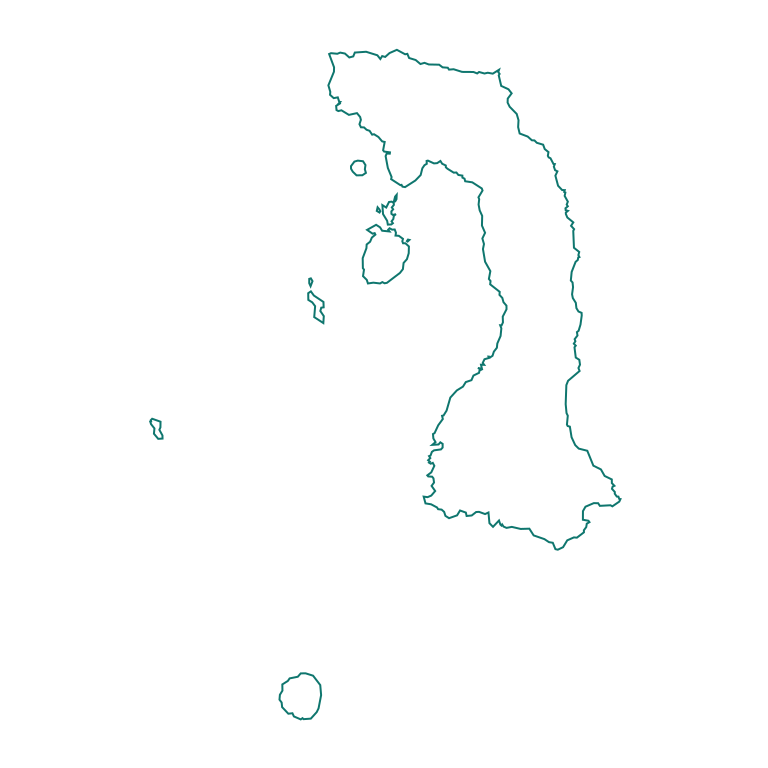 outline of Sikka, Nusa Tenggara Timur, Indonesia, rotated 269°
{"feature_id": "22746128B25889265457696", "entity_name": "Sikka", "entity_type": "district", "adm_level": 2, "iso_a3": "IDN", "parent_name": "Indonesia", "parent_adm1": "Nusa Tenggara Timur", "projection": "orthographic", "projection_center": [122.277, -8.457], "detail": "fine", "context": "isolated", "style": "outline", "palette": "teal", "viewbox_px": 768, "rotation_deg": 269, "n_neighbors": 0, "source": "geoboundaries", "source_scale": "gbopen_adm2", "svg_char_len": 6128}
<svg xmlns="http://www.w3.org/2000/svg" viewBox="0 0 768 768"><g transform="rotate(269 384 384)"><path d="M262.3,617.2L264.8,618.4L265.0,617.2L267.3,616.4L267.4,614.8L270.3,612.8L272.0,612.9L275.2,610.1L277.4,610.8L278.2,612.6L280.9,610.1L284.6,610.1L288.2,603.0L294.8,599.4L298.7,591.9L313.7,586.1L316.0,577.6L319.6,574.1L327.5,570.6L338.1,569.1L338.8,566.9L340.2,566.2L349.1,567.2L351.7,566.0L360.7,565.3L379.7,566.3L384.0,568.1L393.6,579.8L396.6,578.7L399.9,580.3L404.8,579.7L407.1,576.2L417.4,575.1L419.0,576.4L421.0,574.5L423.4,576.1L425.5,575.4L429.1,578.3L432.5,577.8L433.8,579.5L440.0,581.5L449.1,582.9L451.7,582.8L453.1,579.7L456.5,577.7L461.8,577.2L466.6,574.3L470.4,573.6L477.5,574.7L482.2,574.3L484.2,572.6L492.8,573.6L502.8,577.7L504.6,579.9L507.1,580.4L507.5,581.6L509.5,580.6L512.6,581.5L516.9,576.3L533.8,575.9L535.5,576.8L538.9,573.8L542.3,576.1L547.3,570.2L550.8,568.8L552.2,568.8L553.9,570.9L554.6,568.7L556.5,568.5L558.5,570.9L560.2,569.8L563.1,571.0L568.9,567.9L572.3,568.7L572.9,567.5L574.7,568.1L574.8,565.5L579.2,561.5L589.3,559.0L593.6,561.1L594.8,558.8L598.4,557.6L600.9,558.6L601.0,557.3L606.8,554.4L607.7,552.6L609.3,551.8L613.0,552.5L616.1,548.8L620.5,547.3L622.5,541.0L624.9,538.7L625.1,536.1L628.9,532.0L632.1,524.0L638.5,522.6L645.4,523.1L651.7,521.4L659.0,514.5L663.2,512.5L667.2,512.7L672.4,516.7L676.5,513.6L680.0,506.4L690.6,504.1L692.0,505.0L693.9,503.7L696.2,504.5L692.4,498.2L693.4,493.2L692.7,489.9L694.3,484.5L692.9,482.6L694.4,478.9L694.7,467.5L697.5,459.1L697.2,454.5L699.1,453.3L699.6,448.1L702.3,444.7L702.7,434.4L704.4,430.1L703.3,426.0L707.4,421.3L709.5,414.8L713.7,413.1L713.3,410.9L717.9,402.7L714.8,395.3L711.0,390.9L711.9,387.9L709.0,386.0L712.8,383.1L716.5,371.9L715.9,360.6L712.1,359.0L711.1,355.0L715.1,350.7L716.1,346.0L715.0,343.1L715.7,336.8L714.9,334.9L701.5,339.6L697.1,339.4L683.6,333.6L677.0,335.4L674.1,335.1L670.7,338.7L671.4,342.8L667.1,344.1L666.8,345.2L665.6,344.0L665.7,345.6L662.9,341.0L658.7,341.3L657.7,343.1L658.4,346.2L653.7,353.6L655.3,361.7L651.4,364.8L648.5,365.5L644.2,364.0L641.1,365.4L640.9,368.5L638.5,371.0L637.4,374.0L633.5,376.5L633.9,378.4L631.1,382.7L626.6,386.4L626.0,388.9L617.7,387.2L616.4,388.2L615.5,394.0L614.2,393.8L614.4,390.7L611.8,389.6L600.0,391.6L590.8,395.2L588.7,394.7L582.5,403.9L582.8,405.0L581.0,405.9L580.5,408.5L586.9,418.9L592.3,424.3L599.0,426.1L602.1,428.3L603.4,430.6L606.3,430.5L606.6,431.8L603.7,437.8L603.9,441.0L606.0,444.3L603.2,446.0L601.4,449.6L599.6,449.6L598.2,451.1L594.1,457.4L594.2,460.1L591.7,462.0L591.0,466.0L589.0,466.0L587.9,468.1L585.3,468.7L584.1,475.8L577.8,485.2L575.7,485.9L569.0,481.7L567.1,482.4L561.8,481.7L555.9,482.7L550.4,485.1L540.7,484.7L533.4,487.7L527.8,484.9L522.2,486.4L517.2,485.3L504.5,487.2L495.0,492.3L487.2,490.7L485.1,492.3L481.8,491.9L474.1,501.3L471.1,501.0L468.0,503.8L463.7,504.9L460.2,507.8L456.6,507.8L449.3,503.9L443.5,504.0L440.6,502.6L440.7,501.2L437.6,502.3L430.0,501.4L422.5,498.0L418.3,497.5L414.4,494.4L410.3,493.0L408.8,490.6L408.9,489.8L409.6,489.4L409.6,489.0L408.3,489.7L407.0,484.9L403.4,483.1L401.4,484.5L401.6,481.3L397.5,482.2L398.4,478.2L396.5,481.3L395.7,479.7L393.5,479.2L390.9,473.6L386.3,471.5L384.5,465.8L380.0,462.9L376.3,456.7L369.3,450.1L356.3,446.1L351.5,443.0L351.2,441.5L348.0,442.2L341.8,437.5L334.0,433.7L333.1,432.1L328.7,432.4L325.0,434.5L322.3,431.2L322.6,437.5L324.7,439.3L323.1,441.6L319.4,441.5L317.6,439.8L316.8,432.9L315.3,430.7L311.7,429.3L311.1,427.8L309.1,429.0L307.0,426.8L305.5,428.5L304.6,427.6L303.5,429.3L304.3,431.4L301.3,432.9L294.8,429.7L291.9,425.7L290.8,426.6L290.5,430.5L288.8,431.8L284.6,432.3L281.3,429.8L276.1,433.3L271.6,429.3L270.1,425.6L270.7,421.7L263.9,423.4L262.9,429.0L259.6,434.9L257.9,435.9L257.4,439.4L255.1,441.9L251.1,443.1L248.7,446.7L251.4,454.8L256.2,457.8L254.0,463.6L250.6,464.3L251.0,469.4L254.4,473.9L254.5,476.8L252.2,482.8L253.7,486.2L243.0,487.0L239.3,490.5L245.5,496.6L241.4,497.9L240.4,499.0L241.5,499.7L239.3,501.1L238.0,504.0L238.9,509.3L236.7,518.1L236.8,526.8L230.0,531.0L226.1,541.7L223.0,546.2L222.3,550.0L215.9,552.5L215.3,554.9L217.7,560.2L224.5,564.5L227.3,571.2L227.0,574.2L232.2,581.3L234.3,581.3L237.4,583.7L240.8,584.3L242.3,587.0L243.7,586.0L244.8,580.5L253.4,580.7L257.8,583.3L261.2,591.6L261.1,596.0L258.4,597.7L258.8,608.3L257.7,610.2L262.3,617.2ZM510.2,364.9L500.2,364.9L498.7,366.0L492.2,364.9L488.4,368.6L484.8,369.7L485.5,375.1L484.6,381.8L485.9,384.1L484.7,386.3L485.1,388.7L494.8,401.9L498.5,404.9L504.7,405.7L508.4,409.1L514.3,411.0L521.1,411.3L524.3,407.9L524.4,405.5L526.4,404.8L528.8,405.5L531.9,401.4L532.2,398.1L535.0,398.6L538.3,397.4L538.2,394.8L539.6,392.3L538.2,390.9L536.4,392.2L537.3,384.8L540.7,382.8L543.3,378.9L538.4,369.8L534.5,375.2L535.0,377.3L533.5,378.0L530.6,374.4L526.5,372.6L523.8,369.1L520.1,368.8L510.2,364.9ZM70.2,274.0L67.3,276.1L62.7,276.5L56.0,282.6L56.4,286.7L53.2,288.1L50.1,294.9L51.3,296.7L50.3,297.7L50.7,305.0L57.1,311.0L60.8,312.9L74.0,315.7L84.1,315.0L93.6,308.0L96.1,300.5L96.1,295.7L92.8,292.7L91.3,284.5L88.8,282.7L85.4,277.1L79.2,277.1L75.1,274.5L70.2,274.0ZM476.1,309.8L469.4,309.8L466.9,313.7L463.0,316.5L452.1,315.4L446.0,324.4L452.9,325.0L458.1,321.6L461.4,322.6L461.7,325.0L467.1,324.9L473.7,315.4L477.9,312.5L476.1,309.8ZM602.4,354.8L599.8,354.8L596.8,356.5L593.1,360.2L593.1,366.0L595.4,369.6L599.0,368.6L603.2,369.3L607.1,366.9L607.8,361.7L606.9,358.3L602.4,354.8ZM562.9,385.5L553.9,386.0L547.1,390.0L543.3,390.6L543.4,394.1L544.6,395.7L546.5,394.4L548.8,396.2L552.0,396.8L553.6,398.9L552.9,395.8L554.0,394.4L556.5,394.4L558.5,396.2L560.4,394.9L562.9,397.0L564.8,396.9L566.2,394.9L565.9,392.2L560.4,389.3L562.9,385.5ZM350.7,150.5L350.5,149.6L347.9,150.4L343.6,153.7L338.3,153.1L333.1,157.3L333.3,161.6L336.4,161.6L342.1,158.6L344.5,159.7L350.2,159.9L353.3,151.6L351.9,150.2L350.7,150.5ZM490.4,311.1L486.1,311.0L483.1,312.3L488.1,314.3L490.9,312.7L490.4,311.1ZM573.0,400.0L571.2,398.4L566.1,397.0L566.4,398.4L568.6,399.7L573.0,400.0ZM556.8,383.3L558.6,382.5L560.8,380.7L557.2,379.8L555.5,382.5L556.8,383.3ZM528.0,410.5L526.5,409.4L526.0,410.1L527.6,411.9L528.0,410.5Z" fill="none" stroke="#0f766e" stroke-width="2"/></g></svg>